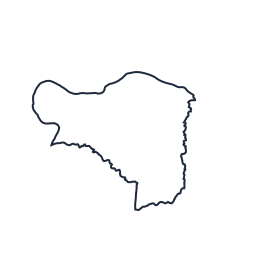 Filadélfia, Tocantins, Brazil (Mercator projection), rotated 235°
{"feature_id": "56859067B89236787477182", "entity_name": "Filadélfia", "entity_type": "district", "adm_level": 2, "iso_a3": "BRA", "parent_name": "Brazil", "parent_adm1": "Tocantins", "projection": "mercator", "projection_center": [-47.816, -7.505], "detail": "fine", "context": "isolated", "style": "outline", "palette": "slate", "viewbox_px": 256, "rotation_deg": 235, "n_neighbors": 0, "source": "geoboundaries", "source_scale": "gbopen_adm2", "svg_char_len": 5526}
<svg xmlns="http://www.w3.org/2000/svg" viewBox="0 0 256 256"><g transform="rotate(235 128 128)"><path d="M46.4,139.4L47.2,140.4L48.2,141.0L49.4,141.8L50.1,142.4L51.1,142.8L51.7,143.6L52.4,144.2L53.4,144.8L54.4,144.3L55.0,145.1L55.9,145.9L56.6,146.6L57.3,147.5L58.5,147.3L59.1,148.0L59.9,148.5L60.2,149.4L60.8,150.5L61.2,151.2L62.0,150.8L62.7,151.9L63.8,152.9L64.9,153.4L65.9,153.5L66.4,152.7L67.4,152.6L68.7,152.9L69.6,153.6L70.6,153.9L71.8,154.5L73.0,154.9L73.9,155.1L74.7,155.4L75.2,156.1L75.8,157.2L75.1,157.9L75.0,158.9L74.5,159.8L74.8,160.6L75.0,161.5L75.7,162.1L76.8,162.8L77.8,163.4L78.9,163.5L79.4,164.2L79.9,164.8L80.8,164.2L81.8,163.9L82.8,164.1L82.8,165.2L84.0,165.4L85.3,166.1L85.0,167.3L84.7,168.5L86.0,169.1L87.1,169.1L87.8,170.0L88.7,170.4L89.7,170.1L89.6,171.1L90.8,170.9L91.9,171.2L93.0,171.3L93.0,172.3L93.4,173.3L93.9,174.4L94.8,175.2L95.5,175.9L96.7,176.1L97.1,175.4L98.0,175.8L97.9,176.9L98.4,177.6L99.2,178.1L100.0,177.6L100.6,177.0L101.1,178.5L101.7,179.5L102.0,180.4L102.3,181.3L103.1,182.0L103.1,183.1L103.1,184.0L103.9,185.0L104.9,185.4L105.6,185.7L106.2,186.5L106.2,187.5L106.1,188.3L105.6,189.0L106.8,189.5L107.0,190.4L107.9,190.8L109.0,190.4L110.3,189.8L111.1,190.8L112.0,191.9L113.1,192.2L114.4,192.0L114.9,193.2L114.7,194.3L114.5,195.4L114.1,196.3L113.6,197.2L112.8,197.9L112.4,198.9L113.6,199.4L114.5,199.4L115.5,199.1L116.4,199.7L117.2,200.5L118.4,200.2L119.3,199.8L120.1,199.5L121.0,199.0L122.0,198.7L122.9,198.3L123.8,198.1L124.9,197.9L125.9,197.8L126.9,197.8L128.0,197.6L129.1,197.0L130.1,196.2L130.7,195.5L131.3,194.4L131.9,193.5L132.6,192.7L133.5,192.1L134.3,191.6L135.5,191.0L136.4,190.4L137.5,189.8L138.6,189.0L139.6,188.1L140.6,187.2L141.3,186.6L142.1,185.9L143.1,185.1L143.7,184.6L144.4,184.1L145.2,183.6L146.0,183.0L147.0,182.3L148.3,181.6L149.2,181.1L150.3,180.6L151.5,180.1L152.6,179.7L153.5,179.4L154.4,179.1L155.6,178.4L156.7,177.8L157.7,177.2L158.7,176.5L159.7,175.9L160.8,175.0L161.7,174.3L162.5,173.7L163.2,173.1L163.9,172.4L164.8,171.7L165.6,170.9L166.2,170.3L167.0,169.6L167.5,168.9L168.0,168.2L168.7,167.4L169.3,166.6L169.7,165.8L170.2,165.0L170.6,164.1L171.0,163.1L171.5,161.9L172.1,160.6L172.6,159.6L173.0,158.5L173.1,157.5L173.1,156.6L172.9,155.7L172.7,154.7L172.5,153.6L172.4,152.8L172.2,151.9L172.2,151.0L172.2,150.0L172.2,148.8L172.2,148.0L172.2,146.9L172.4,145.7L172.5,144.5L172.9,143.2L173.2,141.9L173.5,140.9L173.8,140.1L174.2,139.3L174.5,138.3L174.7,137.2L174.8,136.1L174.8,134.9L174.9,133.8L174.6,132.6L173.9,131.7L173.3,131.1L172.6,130.4L172.1,129.3L171.8,128.2L171.8,126.8L172.1,125.6L172.4,124.9L172.9,123.9L173.7,122.8L174.7,122.1L175.5,121.3L176.2,120.1L176.9,118.9L177.6,117.9L178.4,116.5L179.0,115.6L179.6,114.7L180.3,113.6L181.1,112.8L181.8,112.0L182.4,111.2L182.9,110.4L183.6,109.4L184.7,106.6L185.7,104.9L187.3,103.1L191.0,100.5L193.1,99.7L194.3,99.5L198.2,98.1L199.2,97.5L202.2,96.5L204.4,95.2L206.0,94.5L209.2,92.7L211.4,91.0L212.6,89.4L213.4,87.8L213.7,86.8L214.1,85.5L214.6,83.5L214.7,82.7L214.7,81.7L214.7,80.9L214.4,80.1L214.1,79.2L213.6,77.7L213.4,76.8L212.7,75.4L212.0,74.0L210.5,71.9L209.7,70.3L208.8,69.0L207.7,67.9L206.7,67.3L205.5,66.4L203.4,65.2L202.0,64.5L201.6,63.3L199.9,62.1L197.2,61.1L193.0,61.1L191.8,61.3L190.6,61.4L189.7,61.3L188.6,60.9L184.5,60.6L183.3,60.7L181.0,61.4L179.0,62.9L177.4,65.2L176.4,67.1L175.8,67.8L174.7,69.7L173.6,70.9L171.6,72.0L170.3,72.2L168.8,72.1L168.0,71.9L167.1,71.3L166.2,70.2L164.5,67.6L164.2,66.8L162.5,63.5L161.2,61.5L160.5,59.5L159.2,57.1L157.9,55.5L157.5,57.2L157.3,58.2L157.0,59.2L156.7,60.0L156.4,60.8L156.0,61.6L155.5,62.2L155.0,63.0L154.5,64.0L154.2,65.0L153.8,65.8L153.3,66.6L152.4,67.4L151.1,67.9L150.1,68.2L149.2,68.6L148.5,69.2L147.8,69.8L147.3,70.4L147.1,71.3L147.2,72.1L147.0,73.1L146.4,74.3L145.4,74.8L144.7,75.2L144.1,76.0L143.9,77.1L143.0,77.7L142.0,77.6L141.1,77.1L139.7,77.3L139.6,78.4L139.9,79.5L139.0,80.5L139.4,81.6L139.6,82.6L139.1,83.4L138.4,83.2L137.6,82.9L137.0,83.6L136.5,84.5L135.9,85.4L135.5,86.0L134.6,86.1L133.4,86.2L132.4,86.4L131.4,86.5L130.6,87.3L129.8,87.8L129.2,87.1L129.0,86.2L128.6,85.5L127.7,85.9L127.4,87.0L127.0,87.9L126.2,88.2L125.1,88.5L124.1,89.1L123.0,88.8L121.8,89.4L120.5,89.8L119.4,89.8L118.3,89.6L117.1,89.2L116.1,89.1L115.2,89.0L114.6,89.6L114.1,90.4L113.8,91.4L113.7,92.4L113.3,93.2L112.4,94.0L111.4,93.7L110.3,93.1L109.1,93.0L108.4,93.8L107.3,93.9L106.9,93.1L106.4,92.0L105.2,91.4L104.2,91.9L103.4,92.6L102.9,93.6L101.9,94.0L100.6,93.6L99.8,93.8L99.4,94.7L99.2,96.0L98.6,97.0L97.7,96.7L96.6,96.5L95.8,95.7L95.1,95.1L94.2,94.9L93.4,94.4L92.2,94.7L91.2,95.3L90.6,95.8L89.9,96.3L89.2,97.2L88.2,97.0L87.9,96.1L86.9,96.0L86.0,96.7L84.6,96.8L83.6,97.0L82.9,97.9L82.3,98.7L81.9,99.8L81.5,100.9L80.9,101.5L80.4,102.6L79.8,103.3L78.6,103.4L77.7,104.1L76.8,103.4L76.3,102.4L75.5,101.7L74.4,101.1L68.7,96.2L67.7,95.4L65.9,94.0L62.9,91.4L62.0,90.6L60.7,89.6L57.1,87.2L56.2,88.3L55.3,88.9L54.7,89.7L54.7,90.7L54.9,91.9L54.8,93.0L55.0,94.0L54.9,95.3L54.1,96.4L53.7,97.5L53.5,98.7L53.1,99.7L53.3,100.7L53.4,101.5L52.9,102.5L52.6,103.7L52.3,104.7L51.5,105.7L50.1,106.1L49.0,106.4L48.4,107.2L48.4,108.2L48.5,109.3L48.9,110.3L48.9,111.3L48.7,112.4L48.0,112.9L47.6,113.7L46.7,114.2L45.8,114.7L44.9,115.4L44.7,116.3L44.5,117.3L44.5,118.3L43.7,118.8L42.8,119.0L42.1,119.8L41.3,120.5L41.3,121.4L41.7,122.4L41.9,123.3L42.3,124.0L43.0,124.7L43.2,125.8L43.6,126.6L44.3,127.3L44.4,128.3L44.7,129.3L45.2,130.4L45.3,131.8L44.7,132.6L44.5,133.4L45.2,134.1L45.8,134.8L46.5,135.6L47.0,136.3L47.3,137.3L47.2,138.3L46.4,139.4Z" fill="none" stroke="#1e293b" stroke-width="2"/></g></svg>